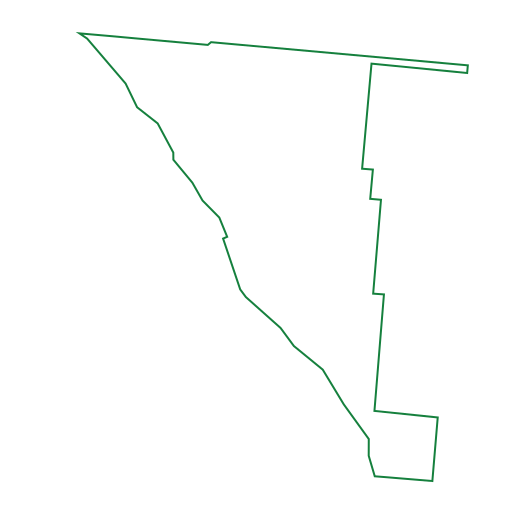 the district of Merrick, Nebraska, United States of America, rotated 95°
{"feature_id": "52423323B25038053629018", "entity_name": "Merrick", "entity_type": "district", "adm_level": 2, "iso_a3": "USA", "parent_name": "United States of America", "parent_adm1": "Nebraska", "projection": "robinson", "projection_center": [-97.996, 41.132], "detail": "fine", "context": "isolated", "style": "outline", "palette": "green", "viewbox_px": 512, "rotation_deg": 95, "n_neighbors": 0, "source": "geoboundaries", "source_scale": "gbopen_adm2", "svg_char_len": 630}
<svg xmlns="http://www.w3.org/2000/svg" viewBox="0 0 512 512"><g transform="rotate(95 256 256)"><path d="M325.6,225.2L342.4,210.4L363.4,179.6L396.2,155.6L428.5,127.7L445.2,126.3L465.1,118.5L465.0,106.7L464.8,60.7L401.0,60.9L400.0,124.5L283.1,125.2L283.3,136.0L189.1,136.4L189.1,147.2L159.7,147.1L159.8,157.9L54.3,157.7L55.3,61.6L47.6,61.6L46.9,319.4L49.9,322.4L49.7,394.8L49.6,416.3L49.6,447.7L49.6,451.3L54.1,443.2L95.6,400.9L118.2,387.4L132.5,365.5L160.2,347.4L167.3,346.7L188.5,325.8L205.4,314.1L220.9,295.9L239.4,286.4L241.5,290.3L290.7,268.8L297.8,262.5L325.6,225.2Z" fill="none" stroke="#15803d" stroke-width="2"/></g></svg>